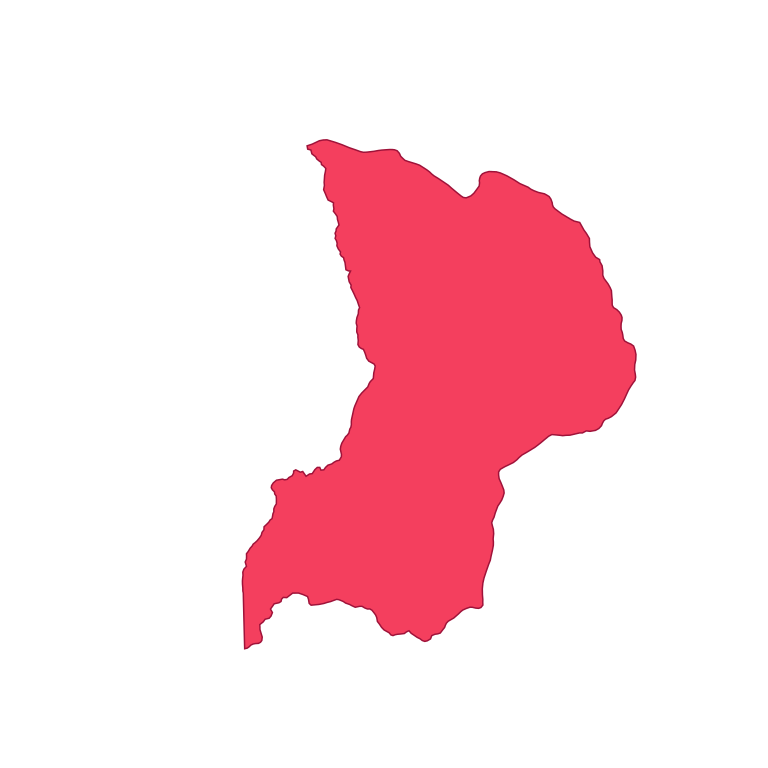 Carlinda, Mato Grosso, Brazil (Albers equal-area conic projection), rotated 331°
{"feature_id": "56859067B90935717597858", "entity_name": "Carlinda", "entity_type": "district", "adm_level": 2, "iso_a3": "BRA", "parent_name": "Brazil", "parent_adm1": "Mato Grosso", "projection": "albers", "projection_center": [-55.88, -10.063], "detail": "fine", "context": "isolated", "style": "filled", "palette": "rose", "viewbox_px": 768, "rotation_deg": 331, "n_neighbors": 0, "source": "geoboundaries", "source_scale": "gbopen_adm2", "svg_char_len": 5763}
<svg xmlns="http://www.w3.org/2000/svg" viewBox="0 0 768 768"><g transform="rotate(331 384 384)"><path d="M263.1,588.5L263.6,591.7L263.9,595.6L264.8,599.1L267.9,604.1L268.4,606.8L269.9,608.4L272.2,608.7L274.4,609.4L277.1,610.6L280.8,612.1L283.5,611.7L286.2,611.9L286.9,615.2L288.6,618.5L290.2,621.7L292.0,624.3L293.1,626.9L294.9,628.9L297.3,629.6L301.1,629.5L303.8,627.2L307.3,627.6L309.9,628.6L312.5,629.1L315.4,627.8L319.0,626.3L320.8,624.7L322.7,623.4L325.2,622.6L331.6,622.5L337.6,621.2L340.9,620.3L343.3,619.9L347.1,620.2L351.0,620.9L353.0,622.1L355.5,624.4L358.0,626.1L360.4,626.5L363.3,625.3L364.5,622.9L366.0,620.3L367.9,616.1L370.7,610.8L374.0,606.0L377.4,602.2L382.9,597.1L388.3,592.3L391.5,589.7L394.0,586.7L398.3,581.9L401.5,578.0L403.1,575.2L404.3,572.5L406.0,570.0L407.3,568.2L409.2,564.1L410.0,560.8L410.9,557.6L413.1,555.6L415.6,553.9L418.7,550.8L422.3,547.7L424.4,545.9L427.4,544.4L430.8,542.5L433.8,540.0L436.2,537.6L437.4,534.8L437.9,531.2L438.4,527.2L438.8,522.6L440.1,519.2L441.6,516.5L444.3,515.0L447.4,514.9L450.1,514.9L452.9,515.1L459.1,515.4L463.5,514.7L466.4,513.8L470.3,513.0L476.9,512.9L485.4,512.5L492.1,511.5L496.7,510.6L502.6,509.5L506.3,509.6L509.3,511.6L513.5,514.5L515.2,515.8L518.3,517.1L521.8,518.9L531.3,521.6L533.8,523.0L538.2,523.1L541.3,525.3L546.5,527.1L550.3,527.1L554.0,525.9L556.2,524.1L558.5,522.7L560.7,522.2L563.5,522.7L567.1,522.8L572.9,521.8L576.6,519.9L581.7,517.2L587.1,513.6L591.4,510.4L595.1,507.7L599.0,505.5L602.8,503.6L605.2,502.6L607.4,500.0L608.5,497.4L609.9,493.2L612.8,488.5L615.8,485.1L618.7,480.3L620.0,476.1L620.7,471.8L619.3,468.8L617.1,466.0L615.3,463.0L615.3,460.2L616.6,456.9L617.4,454.4L617.9,451.2L619.2,448.6L620.8,446.0L622.9,443.8L624.4,441.3L624.9,438.8L624.7,435.3L623.7,431.9L621.8,428.5L621.8,425.8L623.0,423.4L624.3,421.1L625.5,418.3L628.2,412.5L628.5,409.4L628.5,405.2L627.6,398.3L628.1,394.9L630.2,391.2L632.1,386.3L632.1,381.8L632.9,379.7L630.6,375.7L630.0,370.4L630.6,363.7L632.5,359.6L634.2,356.3L634.0,350.2L633.5,346.3L633.5,337.6L629.3,333.7L626.9,330.0L621.9,321.4L618.5,313.8L617.9,311.3L618.2,309.0L619.0,307.0L619.6,303.2L619.3,300.1L617.9,297.6L616.5,295.4L611.9,291.3L608.8,287.6L606.8,284.7L605.5,281.8L600.0,274.6L596.6,268.3L592.4,261.5L590.3,258.7L588.0,255.7L585.1,252.9L578.9,249.1L574.9,248.1L571.9,247.9L569.2,248.9L567.5,250.4L565.9,252.4L565.1,254.4L563.2,257.0L559.4,258.8L555.2,260.7L551.2,261.6L548.3,261.3L546.1,261.0L543.8,259.3L542.6,257.0L540.7,252.4L538.0,245.4L536.6,241.3L533.6,235.4L531.2,230.7L528.7,226.3L527.5,223.4L526.7,220.7L525.3,217.5L521.2,209.9L518.9,207.2L513.1,201.2L510.7,198.5L509.8,195.7L509.0,193.0L509.3,189.7L508.6,186.4L506.8,184.3L505.1,183.1L502.9,181.8L499.5,180.2L495.6,178.4L492.4,177.1L488.0,175.6L481.4,172.9L478.4,171.4L476.2,169.5L472.7,165.5L468.1,160.4L463.4,154.5L459.0,149.5L457.1,147.5L452.5,142.8L449.1,141.1L445.4,139.9L437.5,139.4L432.2,138.4L431.1,141.6L433.5,143.9L432.5,147.7L433.4,149.9L434.4,152.1L434.3,154.6L435.5,157.7L436.5,159.7L435.7,161.8L436.8,164.1L437.6,167.3L435.7,169.8L433.3,172.6L431.3,175.7L429.4,178.6L428.1,181.5L425.4,184.8L425.0,189.1L424.6,192.3L424.3,196.0L426.1,198.6L427.7,201.0L426.4,203.0L425.1,206.5L423.5,208.3L424.0,211.6L424.3,214.8L423.1,217.5L422.4,220.6L421.7,223.1L419.6,224.1L417.4,225.2L416.2,227.0L414.3,228.4L413.7,231.0L411.8,233.0L411.9,235.4L411.3,238.1L409.8,240.3L409.5,243.7L410.0,247.4L408.6,249.1L408.7,251.5L409.9,253.9L409.2,256.1L408.8,258.8L407.5,262.1L406.1,265.6L407.7,267.8L409.5,269.0L406.9,270.8L404.8,272.5L404.0,274.9L403.1,277.7L403.2,281.5L401.8,283.5L401.7,286.6L401.5,290.3L401.1,294.7L401.0,298.1L400.2,302.2L399.7,305.4L397.6,306.9L395.5,310.2L392.5,312.8L390.5,315.3L389.2,317.3L388.5,320.3L386.8,322.8L385.4,325.3L385.0,328.4L383.8,330.5L382.6,333.4L380.3,336.9L380.3,339.7L381.4,342.0L382.8,343.7L382.5,347.0L382.0,350.0L381.3,353.1L381.8,356.7L385.0,361.7L385.0,364.0L383.2,366.3L380.4,369.4L377.3,374.0L373.1,375.3L371.2,376.4L368.4,378.7L360.1,381.1L356.0,382.8L353.8,384.5L347.8,389.1L345.6,391.1L341.9,395.3L338.3,399.4L337.1,401.2L335.7,403.8L334.0,405.8L332.2,406.9L329.5,409.9L327.0,411.0L324.9,411.5L318.4,415.3L315.9,417.6L314.2,419.8L312.7,424.9L311.4,427.0L308.0,429.0L305.0,428.2L302.2,428.2L299.5,428.6L295.6,427.8L292.4,428.6L289.8,429.9L287.1,428.8L287.4,425.8L285.2,424.6L282.0,425.4L277.8,427.6L275.2,426.6L271.1,426.9L270.5,421.1L268.1,420.6L266.7,418.5L265.2,416.3L262.8,416.3L261.7,418.1L259.3,419.7L255.4,419.7L253.2,420.5L250.7,419.7L249.1,418.0L243.3,416.0L239.3,416.8L236.5,418.3L235.1,420.1L235.1,422.5L235.9,425.2L235.1,427.2L235.4,429.7L234.1,432.5L231.7,436.7L229.1,438.1L227.1,439.8L225.7,442.3L224.0,443.6L222.4,445.6L220.8,447.5L218.6,447.7L216.2,449.0L213.1,449.9L209.9,450.7L208.3,453.3L205.4,454.6L203.3,456.8L200.6,458.2L197.0,459.6L194.1,460.3L192.0,460.6L190.1,461.8L187.4,462.7L183.9,464.7L181.4,465.8L180.3,468.0L178.8,470.5L176.3,472.4L175.3,476.8L171.7,478.0L169.3,480.1L167.9,483.0L166.1,485.5L164.7,487.6L163.2,490.4L161.6,494.0L160.2,496.6L159.6,498.6L156.9,503.7L135.6,544.5L133.8,548.0L136.3,548.7L138.4,548.5L141.1,547.8L143.6,548.0L145.5,548.6L148.5,550.0L150.8,550.0L152.8,549.1L154.8,546.3L156.5,538.5L157.5,536.7L158.7,534.2L163.0,533.5L166.0,532.1L170.0,533.2L172.7,532.2L175.6,529.8L175.6,525.8L178.6,524.4L181.4,523.0L186.1,524.4L188.5,524.3L190.1,522.5L192.4,521.8L195.4,523.7L202.7,522.6L207.9,525.4L211.0,528.8L214.1,532.8L213.6,535.6L212.2,539.6L213.0,542.1L220.1,545.2L225.0,546.8L228.5,547.5L231.8,548.4L235.2,548.9L238.2,549.4L240.0,550.8L242.9,554.4L244.2,557.0L247.1,560.2L248.2,562.0L250.6,565.3L254.8,566.6L257.0,567.8L258.7,570.7L260.5,572.8L262.5,573.8L263.8,576.0L264.3,578.9L264.7,582.0L264.4,584.8L263.1,588.5Z" fill="#f43f5e" stroke="#9f1239" stroke-width="1.5"/></g></svg>